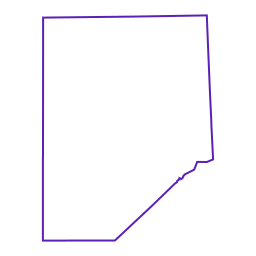 outline of Beaver, Pennsylvania, United States of America
{"feature_id": "52423323B75932740903659", "entity_name": "Beaver", "entity_type": "district", "adm_level": 2, "iso_a3": "USA", "parent_name": "United States of America", "parent_adm1": "Pennsylvania", "projection": "equal_earth", "projection_center": [-80.311, 40.666], "detail": "fine", "context": "isolated", "style": "outline", "palette": "violet", "viewbox_px": 256, "rotation_deg": 0, "n_neighbors": 0, "source": "geoboundaries", "source_scale": "gbopen_adm2", "svg_char_len": 572}
<svg xmlns="http://www.w3.org/2000/svg" viewBox="0 0 256 256"><path d="M206.8,15.4L132.3,16.6L43.1,17.6L43.1,18.4L43.1,18.9L43.1,47.5L43.1,52.8L43.0,144.3L43.0,157.7L42.9,157.7L42.9,173.3L42.9,191.5L42.9,216.4L42.9,240.6L114.4,240.5L114.9,240.5L152.6,205.2L175.0,183.5L177.0,182.2L177.1,181.1L177.8,180.6L178.7,179.4L179.5,179.5L179.5,178.1L181.6,178.9L182.7,177.9L183.2,176.1L184.2,175.4L184.4,174.6L194.2,169.6L197.2,161.9L206.9,162.0L213.1,159.4L211.3,123.4L211.4,123.1L210.0,93.4L209.5,81.5L208.4,55.2L206.8,15.4Z" fill="none" stroke="#5b21b6" stroke-width="2"/></svg>